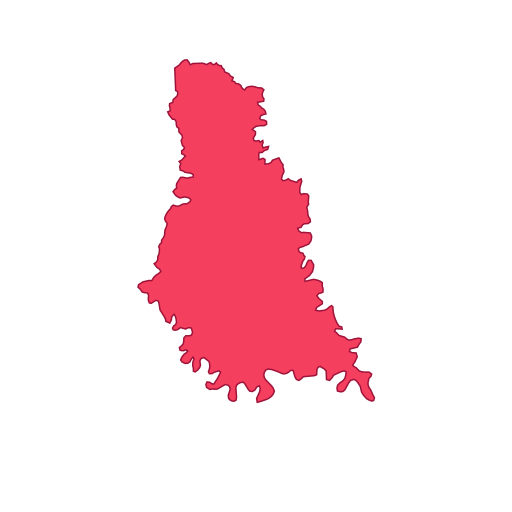 outline of São José do Cerrito, Santa Catarina, Brazil, rotated 220°
{"feature_id": "56859067B25207266953620", "entity_name": "São José do Cerrito", "entity_type": "district", "adm_level": 2, "iso_a3": "BRA", "parent_name": "Brazil", "parent_adm1": "Santa Catarina", "projection": "orthographic", "projection_center": [-50.681, -27.604], "detail": "fine", "context": "isolated", "style": "filled", "palette": "rose", "viewbox_px": 512, "rotation_deg": 220, "n_neighbors": 0, "source": "geoboundaries", "source_scale": "gbopen_adm2", "svg_char_len": 6150}
<svg xmlns="http://www.w3.org/2000/svg" viewBox="0 0 512 512"><g transform="rotate(220 256 256)"><path d="M90.6,237.6L91.5,239.9L94.8,239.7L98.9,236.3L100.9,235.1L103.2,234.3L107.3,234.8L109.5,234.3L111.9,234.6L112.1,238.0L113.6,243.8L117.0,246.1L120.1,243.8L123.0,242.9L124.2,245.3L119.7,251.3L120.3,254.5L120.5,257.6L122.2,260.2L124.4,259.2L127.6,255.5L128.7,253.6L130.8,251.2L133.4,250.7L135.7,250.9L141.4,248.5L145.5,249.0L147.3,248.7L148.2,251.3L145.7,253.5L143.0,255.3L144.7,256.8L147.4,255.6L150.3,256.5L154.4,258.4L157.1,260.0L160.7,262.6L164.4,266.4L166.2,266.6L167.1,264.0L167.4,261.4L168.6,258.5L172.5,254.3L175.5,252.8L176.5,255.5L174.5,262.0L175.9,263.8L180.8,263.9L183.8,264.7L183.9,267.5L182.5,269.4L181.5,271.4L183.4,273.8L186.0,275.7L188.1,278.2L190.5,278.0L193.6,276.9L196.9,275.1L202.1,268.1L203.9,269.9L202.5,275.4L202.7,280.3L204.9,284.7L206.3,286.4L211.0,288.1L213.0,286.4L212.7,284.0L211.5,280.5L211.6,277.3L213.6,275.9L215.0,277.4L216.8,282.2L217.0,284.7L218.1,287.0L219.9,287.3L221.9,288.3L223.8,287.3L225.8,287.0L228.2,288.7L227.9,290.8L226.4,292.9L223.3,299.1L223.6,302.7L225.1,305.7L226.4,307.2L229.3,308.5L234.6,304.8L236.3,303.0L239.5,302.8L241.9,304.1L239.9,306.9L240.4,309.7L239.7,311.7L237.0,314.3L236.3,317.2L238.3,319.1L241.1,319.9L243.2,321.4L244.9,323.2L248.6,326.2L248.9,329.4L250.6,330.9L254.2,335.9L256.4,336.5L259.5,334.5L260.8,332.2L263.3,332.8L266.6,337.0L268.9,342.5L271.0,344.1L272.2,341.4L272.1,338.6L278.4,336.0L280.9,336.0L282.2,332.6L284.0,331.0L286.0,331.3L287.7,334.7L288.7,338.5L290.5,340.2L292.5,341.3L293.9,343.3L296.9,343.9L301.5,345.9L305.0,339.9L304.5,337.6L305.8,334.5L308.3,332.2L311.2,335.8L313.5,335.3L315.7,331.6L318.9,335.3L320.1,337.4L317.8,339.2L317.6,341.5L315.6,345.2L316.8,348.0L318.7,345.6L320.0,343.4L322.6,344.8L323.5,347.5L325.1,348.8L325.9,345.8L328.0,346.3L329.6,344.4L331.4,343.1L333.8,344.4L334.5,348.7L336.3,350.9L340.2,350.5L340.0,352.9L339.2,355.4L337.2,357.9L333.5,361.1L332.5,363.7L334.5,365.9L337.2,365.3L339.7,363.6L341.6,363.7L342.5,366.4L341.1,369.5L339.7,371.2L341.8,372.8L344.2,373.4L347.0,373.1L349.2,373.4L351.3,373.1L353.6,374.7L349.6,379.5L350.9,381.5L353.2,382.1L355.2,383.9L356.2,385.8L356.8,388.4L359.8,388.3L362.7,386.1L365.4,385.0L367.8,383.7L370.0,381.6L371.6,379.0L371.4,375.9L373.5,375.6L375.3,375.9L377.3,376.9L379.9,376.7L382.6,375.1L384.4,375.8L387.0,374.7L388.2,378.1L391.4,377.5L394.0,378.2L398.4,376.9L400.5,378.4L403.1,378.4L404.9,379.5L406.9,378.2L408.7,378.0L410.5,378.4L410.9,375.9L412.5,374.8L415.0,375.1L416.1,373.0L416.8,371.0L420.7,369.5L428.2,362.8L429.2,360.2L431.7,361.3L434.8,362.0L436.6,360.3L437.4,358.2L437.7,355.6L437.5,353.0L439.0,347.7L423.9,331.1L421.9,331.6L420.1,329.8L419.3,327.7L420.0,322.6L418.5,320.3L420.1,317.2L418.9,315.4L416.7,313.9L415.1,312.0L416.3,309.7L413.3,308.2L407.9,307.1L406.2,308.4L403.5,307.6L401.6,305.5L399.7,304.1L397.2,304.1L394.8,301.5L390.3,300.9L388.3,299.3L387.5,296.3L383.4,293.4L380.7,293.2L379.9,291.2L380.6,288.8L378.6,286.6L376.6,287.2L374.4,287.1L374.6,281.6L375.7,279.0L373.1,278.5L371.9,275.5L369.3,273.1L366.5,274.3L364.2,274.5L358.9,277.6L356.3,277.9L354.9,276.0L357.0,273.9L358.5,271.6L362.9,269.1L364.3,267.7L363.3,260.4L361.9,258.3L360.4,257.0L361.0,254.8L360.9,251.9L356.5,250.8L353.9,251.0L351.4,251.7L348.5,255.5L346.0,256.8L343.9,257.5L342.0,257.1L341.5,254.9L342.5,251.5L344.6,249.8L345.9,247.9L347.1,244.7L349.3,242.9L352.1,241.8L352.6,239.5L351.9,237.2L352.1,234.4L351.7,230.6L350.8,227.5L349.8,225.7L347.6,224.5L344.9,223.8L343.4,220.8L342.4,217.3L340.4,214.6L339.2,212.5L338.6,210.2L338.5,207.5L337.0,205.5L337.2,203.0L336.4,200.5L334.7,199.6L333.0,197.4L331.6,195.2L330.9,192.5L328.8,189.8L328.4,187.2L329.1,184.6L324.6,183.6L321.2,183.9L318.9,182.9L319.4,179.7L320.3,177.0L320.6,173.9L320.0,170.1L322.1,168.6L325.9,163.7L327.5,158.6L326.4,156.3L323.0,156.1L320.1,155.2L318.1,156.1L315.2,158.0L312.8,156.6L311.2,154.2L309.6,152.6L307.6,151.5L305.9,152.3L304.3,157.5L302.0,158.7L300.3,157.7L294.8,153.0L286.8,150.4L284.7,149.4L283.0,148.0L278.9,149.2L279.7,152.5L281.5,155.4L281.3,158.8L279.1,158.0L276.5,156.2L274.2,154.0L273.5,151.7L274.1,149.4L273.6,147.1L271.9,146.2L269.9,147.5L268.6,149.5L267.9,152.6L263.0,154.8L261.8,157.5L259.6,159.2L257.3,158.0L255.3,156.4L254.6,153.6L256.6,151.3L258.5,149.8L258.6,146.9L256.5,144.1L255.3,141.9L255.3,139.1L255.9,136.7L253.7,135.0L252.0,135.8L250.5,137.0L249.3,139.2L247.2,139.4L247.3,136.7L247.9,134.7L247.8,130.9L246.9,127.9L244.6,127.3L241.3,128.1L239.3,130.0L238.6,132.6L239.2,134.8L239.3,138.1L237.4,137.4L236.2,134.2L234.0,131.3L232.0,129.9L229.9,127.5L228.1,128.1L227.4,131.1L227.4,134.1L228.3,136.6L231.6,139.6L232.2,142.2L230.6,144.7L226.8,144.9L224.3,145.0L222.3,143.6L220.1,141.3L218.8,138.9L218.1,136.8L216.1,135.9L214.1,137.6L213.2,140.2L210.6,144.2L208.4,144.2L206.8,137.4L206.0,130.7L208.1,129.7L210.4,129.5L212.6,128.0L211.8,125.4L209.4,123.6L205.5,124.1L204.1,126.0L202.2,127.2L200.1,129.2L197.0,137.7L194.9,138.9L192.3,139.0L190.0,137.1L187.7,131.4L185.3,129.2L183.3,129.0L181.2,129.5L179.4,130.7L178.6,132.8L180.1,135.3L187.0,142.4L187.9,145.3L186.8,148.7L184.5,151.2L182.0,150.8L175.9,148.7L173.8,148.5L171.7,149.8L170.7,152.4L171.2,156.3L170.0,158.7L167.7,157.3L166.0,154.5L164.0,147.3L161.0,144.7L158.7,148.0L155.6,153.2L154.6,155.6L154.0,158.4L154.0,161.0L155.0,164.2L157.8,165.8L160.5,166.5L169.1,167.4L171.4,168.2L173.3,169.6L174.8,172.1L175.2,174.8L174.3,176.9L171.1,179.1L165.0,181.4L159.7,183.0L158.2,184.3L157.1,186.0L156.3,187.9L155.9,190.7L154.0,192.2L148.7,188.6L145.7,187.4L143.1,188.3L142.3,191.7L142.2,193.9L134.4,201.8L133.2,204.0L136.4,208.3L136.9,210.5L136.0,212.6L133.9,212.8L131.6,213.4L128.3,213.0L122.6,206.7L119.7,208.0L119.5,212.1L120.0,214.5L116.4,222.1L114.6,224.7L112.3,225.1L110.6,222.3L109.2,219.2L109.2,216.3L110.2,212.7L110.4,209.5L109.1,206.9L106.8,204.9L103.9,206.3L102.3,208.1L101.9,210.7L103.4,218.1L103.6,221.5L101.7,224.4L99.6,224.9L97.2,224.6L92.4,223.2L87.9,219.8L84.8,218.6L79.5,217.8L76.5,218.4L74.1,219.3L73.0,220.9L74.2,223.6L77.1,224.7L82.0,227.1L84.9,227.9L87.1,229.2L88.7,230.8L90.9,235.0L90.6,237.6Z" fill="#f43f5e" stroke="#9f1239" stroke-width="1.5"/></g></svg>